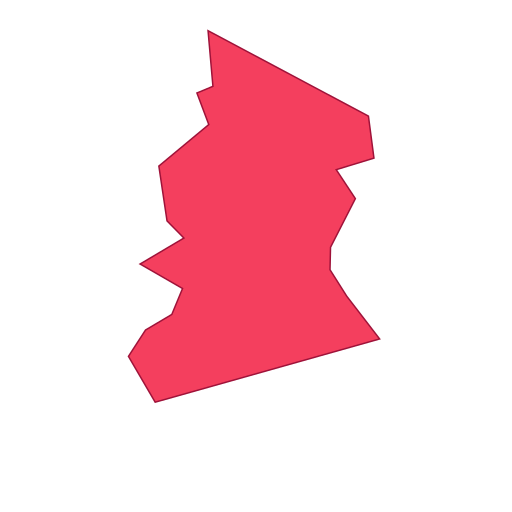 outline of Mallakastër, Fier, Albania, rotated 28°
{"feature_id": "67620474B72354996665991", "entity_name": "Mallakastër", "entity_type": "district", "adm_level": 2, "iso_a3": "ALB", "parent_name": "Albania", "parent_adm1": "Fier", "projection": "orthographic", "projection_center": [19.767, 40.529], "detail": "fine", "context": "isolated", "style": "filled", "palette": "rose", "viewbox_px": 512, "rotation_deg": 28, "n_neighbors": 0, "source": "geoboundaries", "source_scale": "gbopen_adm2", "svg_char_len": 444}
<svg xmlns="http://www.w3.org/2000/svg" viewBox="0 0 512 512"><g transform="rotate(28 256 256)"><path d="M161.0,266.8L183.9,274.0L157.4,317.5L206.4,319.2L209.1,347.1L193.2,373.2L190.5,404.5L235.6,432.4L404.1,271.2L355.0,248.9L327.8,233.4L317.7,213.3L316.8,158.7L286.3,142.1L314.2,114.2L289.6,79.7L107.9,79.6L138.3,126.4L127.3,139.8L152.6,162.1L128.0,222.2L160.9,266.7L161.0,266.8Z" fill="#f43f5e" stroke="#9f1239" stroke-width="1.5"/></g></svg>